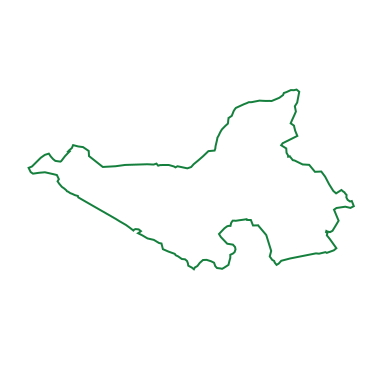 the district of Mayo-Belwa, Adamawa, Nigeria, rotated 81°
{"feature_id": "59680162B66628176907248", "entity_name": "Mayo-Belwa", "entity_type": "district", "adm_level": 2, "iso_a3": "NGA", "parent_name": "Nigeria", "parent_adm1": "Adamawa", "projection": "equal_earth", "projection_center": [11.944, 8.94], "detail": "fine", "context": "isolated", "style": "outline", "palette": "green", "viewbox_px": 384, "rotation_deg": 81, "n_neighbors": 0, "source": "geoboundaries", "source_scale": "gbopen_adm2", "svg_char_len": 3292}
<svg xmlns="http://www.w3.org/2000/svg" viewBox="0 0 384 384"><g transform="rotate(81 192 192)"><path d="M131.7,327.4L132.3,331.5L134.5,336.0L141.8,346.1L142.6,349.6L147.1,348.2L149.0,346.2L149.1,339.9L149.5,334.2L151.0,330.4L152.8,325.9L154.1,322.8L158.5,321.5L160.4,323.1L163.0,321.9L166.6,319.7L168.3,317.9L170.6,315.9L171.7,315.4L172.3,314.3L174.1,312.4L175.1,310.6L176.8,308.1L178.1,305.3L179.5,305.2L180.4,304.1L188.0,294.7L206.1,272.2L206.3,271.9L209.6,268.1L212.5,264.5L214.3,262.3L217.6,259.0L220.9,255.9L220.1,255.0L219.8,253.5L220.6,250.5L222.7,248.6L223.5,250.0L224.3,251.7L227.0,247.9L230.9,243.2L233.3,237.2L237.2,232.6L238.1,230.2L243.9,229.7L247.2,224.5L250.4,218.7L251.9,218.0L253.4,215.8L256.6,212.5L257.4,209.4L259.4,207.7L261.8,207.2L264.2,207.2L266.7,203.9L268.6,202.2L267.0,201.0L266.0,198.3L263.2,195.4L260.9,191.8L261.3,188.2L263.4,184.0L265.3,181.3L268.9,180.6L271.0,179.2L272.0,175.7L272.6,174.3L271.7,171.9L269.7,167.4L265.7,165.7L263.1,164.5L260.0,164.0L259.2,161.2L258.0,159.3L255.5,158.0L253.1,158.1L250.4,159.8L248.6,165.3L240.9,170.6L237.7,171.9L232.9,165.6L231.3,162.5L231.2,160.7L231.5,159.3L229.3,158.4L229.1,158.4L228.1,157.7L226.7,156.3L227.0,154.2L227.2,153.8L227.3,152.9L227.3,149.6L227.4,145.5L227.4,143.1L227.4,142.3L228.2,142.1L228.9,138.2L234.6,137.0L235.3,131.8L235.7,131.7L246.1,125.4L259.2,123.5L262.6,123.0L267.8,125.3L271.6,123.4L273.0,121.6L274.5,121.4L277.2,119.9L276.3,117.6L273.9,114.6L273.1,106.5L273.0,105.5L272.0,79.2L272.8,76.2L272.3,69.6L273.2,68.4L271.8,61.0L270.1,58.2L268.3,59.1L259.9,63.3L255.9,65.6L253.8,64.7L252.6,65.9L251.5,65.4L252.2,64.5L253.2,61.9L252.3,59.3L247.5,55.2L243.3,51.7L231.7,54.5L230.4,51.8L230.5,42.9L232.5,38.0L231.3,34.4L229.9,34.7L225.9,35.6L226.1,37.4L224.1,39.5L221.5,40.4L219.1,39.8L217.3,41.0L216.1,41.5L215.4,42.4L213.4,44.1L215.9,49.9L213.0,52.3L205.7,55.4L205.1,55.6L197.7,58.1L192.0,61.1L191.3,67.4L183.5,72.0L182.1,78.4L176.9,85.8L176.3,87.5L175.7,87.8L175.0,88.2L174.3,88.6L173.2,89.2L172.6,89.7L172.4,90.0L172.0,90.0L172.2,91.5L170.6,91.5L168.1,92.5L163.7,92.1L159.8,96.6L158.0,94.8L153.1,79.2L147.6,80.5L144.3,80.8L142.4,80.9L139.6,83.8L136.3,81.7L132.7,79.3L128.8,76.8L123.4,77.0L120.1,74.1L116.1,72.7L109.8,70.4L107.2,72.7L107.4,75.4L106.8,78.4L108.1,83.1L108.6,85.8L110.5,86.9L112.6,91.0L113.3,93.8L114.6,99.2L114.1,101.4L113.7,104.4L113.3,106.4L112.8,108.8L112.3,111.0L112.4,113.9L112.5,116.8L112.6,119.0L112.2,121.9L112.8,124.0L113.4,126.9L114.0,129.0L114.6,131.2L115.2,133.3L115.8,135.5L117.0,136.8L118.6,138.2L120.8,139.5L123.0,140.8L124.7,144.4L125.0,144.4L126.9,145.0L129.0,145.5L130.1,145.9L131.9,148.7L134.8,152.6L136.4,154.0L137.7,155.0L140.5,156.9L142.3,158.4L142.6,158.5L143.3,158.7L144.9,159.3L150.0,161.4L150.9,161.7L152.8,162.2L154.6,163.2L154.2,169.4L158.5,175.6L161.8,180.9L164.8,186.0L167.2,188.9L167.9,192.9L166.6,196.3L164.3,202.3L165.1,204.5L163.9,205.9L163.5,206.8L162.2,209.6L161.7,210.7L160.4,219.2L160.7,221.3L158.4,222.7L158.9,225.6L157.6,231.8L156.3,242.1L154.8,253.9L154.6,263.5L153.3,276.2L140.4,288.1L135.3,287.6L130.6,292.6L129.2,297.3L127.1,302.1L129.8,303.8L131.5,306.6L132.5,307.9L132.9,306.7L134.2,308.5L136.8,311.9L141.1,316.4L141.2,316.8L141.4,317.3L139.9,322.1L137.7,324.1L134.7,326.0L131.7,327.4Z" fill="none" stroke="#15803d" stroke-width="2"/></g></svg>